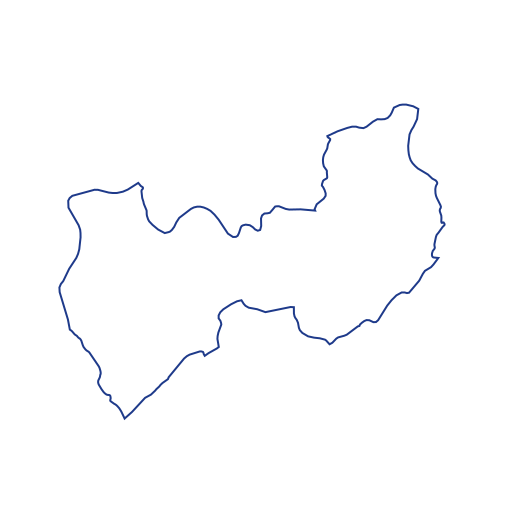 outline of Bengo, rotated 252°
{"feature_id": "AGO-1877", "entity_name": "Bengo", "entity_type": "Province", "adm_level": 1, "iso_a3": "AGO", "parent_name": "Angola", "parent_adm1": "", "projection": "albers", "projection_center": [13.878, -9.029], "detail": "fine", "context": "isolated", "style": "outline", "palette": "blue", "viewbox_px": 512, "rotation_deg": 252, "n_neighbors": 0, "source": "natural_earth", "source_scale": "10m", "svg_char_len": 4244}
<svg xmlns="http://www.w3.org/2000/svg" viewBox="0 0 512 512"><g transform="rotate(252 256 256)"><path d="M181.0,192.5L180.2,190.4L178.3,180.9L176.9,176.4L178.8,176.0L180.2,176.1L181.2,175.9L182.2,174.4L182.6,173.0L182.7,162.4L182.1,159.3L180.7,155.9L167.7,135.5L166.1,134.2L164.1,127.8L162.9,125.3L161.8,123.7L160.1,120.0L159.1,118.5L156.6,113.2L155.4,106.7L146.0,89.9L142.0,80.8L143.0,80.7L149.8,79.8L153.4,78.9L156.0,77.8L157.3,77.1L158.4,76.3L159.2,75.5L162.9,72.8L163.5,72.7L164.1,72.9L164.9,73.4L165.6,73.8L166.4,74.0L167.8,74.2L168.6,74.0L169.1,73.5L169.4,73.0L169.5,72.4L169.9,71.8L170.4,71.0L172.1,69.8L173.7,69.0L177.1,67.9L182.4,66.7L183.9,66.7L185.0,66.9L186.3,67.5L188.8,69.9L189.4,70.3L191.3,71.3L191.8,71.8L192.9,72.2L194.5,72.5L197.8,72.6L199.5,72.4L215.7,67.7L216.7,67.2L217.7,66.3L218.6,65.6L219.9,64.9L222.7,63.9L224.6,63.7L229.4,63.7L230.8,63.4L231.8,63.0L232.3,62.5L232.9,62.1L233.5,61.7L235.5,60.9L236.6,60.0L237.1,59.6L237.8,59.2L241.2,57.8L242.4,57.1L243.5,56.2L253.7,57.5L282.3,58.1L286.8,59.3L289.7,61.8L291.7,64.9L301.6,74.4L309.7,84.5L313.0,87.4L317.0,90.0L327.9,94.9L332.1,96.2L335.4,96.9L340.1,96.8L359.9,92.6L366.6,94.5L368.7,96.7L370.0,99.9L368.9,122.9L367.8,126.1L361.8,135.6L360.1,139.4L358.9,143.3L358.3,149.3L358.8,154.6L361.9,166.6L358.2,168.1L356.8,169.2L356.2,169.6L355.5,169.5L354.8,169.0L354.2,167.9L353.9,167.6L353.3,167.2L352.6,167.0L346.8,165.8L346.0,165.7L342.4,165.7L340.7,165.5L339.5,165.5L333.4,166.0L332.6,165.9L329.6,165.0L327.9,164.7L324.3,164.7L322.0,165.1L317.6,167.2L311.4,171.1L306.0,176.3L305.7,180.5L305.8,181.8L306.8,184.1L309.0,187.2L312.6,190.6L316.0,194.8L320.9,208.7L321.4,211.9L321.1,215.2L320.1,218.3L318.3,221.3L315.9,224.1L313.0,226.7L308.2,229.3L302.1,231.7L286.0,236.2L281.2,240.0L280.4,242.8L280.9,244.8L283.1,246.9L287.9,250.4L288.9,251.6L289.2,253.2L289.0,255.9L287.2,259.6L284.4,261.9L281.5,263.4L279.5,265.5L279.5,268.0L282.9,270.2L290.2,272.4L292.7,274.3L293.8,277.1L293.1,280.0L292.8,282.5L294.9,286.0L297.1,289.4L297.0,290.6L296.2,293.2L291.6,298.8L289.9,301.9L286.6,312.8L280.9,326.3L282.4,326.2L286.4,329.7L289.6,338.1L291.7,340.8L294.0,341.6L297.5,341.6L300.8,341.1L302.6,340.4L304.0,341.0L306.6,342.9L306.9,343.3L307.3,344.1L308.0,347.4L308.9,348.1L313.6,349.2L314.6,349.6L315.5,349.7L320.3,348.2L323.5,348.5L326.6,349.3L329.2,350.5L331.4,352.0L335.2,356.0L336.3,357.0L340.0,358.9L340.9,359.7L343.3,362.3L344.3,362.7L345.3,362.1L346.3,361.3L347.1,360.9L348.0,360.9L349.4,372.2L349.6,382.4L349.3,387.4L348.1,391.1L346.2,393.8L344.4,397.7L344.8,401.1L347.6,408.7L348.6,413.7L347.3,417.2L346.4,420.7L346.6,423.8L348.3,427.1L350.4,429.4L354.5,433.0L355.2,439.3L354.7,442.1L353.6,445.6L349.8,451.8L345.7,455.8L336.4,451.5L330.3,445.8L327.7,442.7L324.2,439.6L313.8,434.8L309.5,433.6L305.5,432.8L302.3,432.6L299.1,432.7L295.8,433.6L292.5,435.1L289.2,437.0L280.4,444.7L275.1,447.6L272.4,450.2L271.5,450.6L270.2,451.0L269.4,450.9L268.9,450.7L268.4,450.3L267.7,449.4L266.3,448.3L264.2,447.2L260.3,446.1L257.7,445.8L255.5,445.9L247.3,447.1L245.7,447.1L244.6,446.5L244.1,445.8L242.8,444.9L241.4,444.6L237.2,444.7L235.2,444.2L231.3,442.8L230.3,442.8L230.0,443.1L230.1,443.7L230.2,444.2L229.9,444.8L228.5,445.2L227.7,445.1L227.1,444.7L226.0,442.5L221.8,436.8L221.0,435.5L220.2,434.3L218.5,433.0L212.0,429.3L210.6,428.9L208.9,428.7L208.1,428.3L207.6,427.8L207.0,426.9L206.2,425.7L204.1,424.2L202.5,423.6L201.3,423.5L200.6,423.7L200.0,424.1L199.6,424.7L197.8,428.8L193.1,422.2L191.3,419.0L189.7,412.1L187.5,409.2L182.1,403.6L173.8,390.2L174.1,388.1L175.4,386.1L176.3,383.2L175.2,377.4L172.1,371.3L168.3,365.5L157.2,352.3L156.1,349.7L156.8,347.2L159.9,343.9L160.9,341.3L160.7,338.9L159.8,336.1L158.7,333.7L157.5,332.7L157.6,331.1L153.1,318.0L152.9,315.3L153.2,308.9L152.6,306.8L149.9,301.8L149.3,298.7L154.0,296.6L155.1,295.8L158.0,291.3L160.4,286.0L163.5,280.7L168.5,276.3L171.9,274.8L174.4,274.6L179.5,275.3L182.7,275.0L184.8,274.3L186.7,274.0L189.6,274.3L195.6,276.2L196.8,273.1L199.7,247.6L205.0,240.7L209.1,233.1L211.9,230.6L214.4,229.5L218.4,228.5L218.8,224.0L217.8,217.4L215.4,208.4L213.5,204.6L211.0,202.1L208.2,201.2L205.4,202.1L203.1,202.1L201.5,201.8L194.9,196.6L191.8,194.8L189.1,193.7L181.1,192.5L181.0,192.5Z" fill="none" stroke="#1e3a8a" stroke-width="2"/></g></svg>